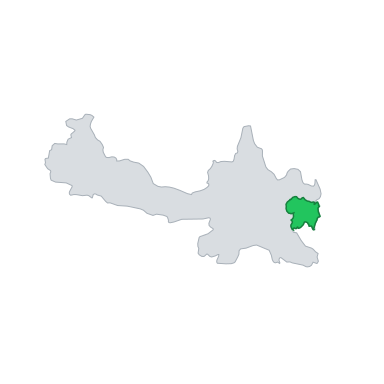 where Louang Namtha sits in Laos, rotated 145°
{"feature_id": "LAO-3272", "entity_name": "Louang Namtha", "entity_type": "Province", "adm_level": 1, "iso_a3": "LAO", "parent_name": "Laos", "parent_adm1": "", "projection": "mercator", "projection_center": [101.159, 20.926], "detail": "fine", "context": "in_parent", "style": "filled", "palette": "green", "viewbox_px": 384, "rotation_deg": 145, "n_neighbors": 0, "source": "natural_earth", "source_scale": "10m", "svg_char_len": 5371}
<svg xmlns="http://www.w3.org/2000/svg" viewBox="0 0 384 384"><g transform="rotate(145 192 192)"><path d="M141.4,65.4L143.0,68.4L150.5,76.4L151.8,78.5L154.5,80.2L156.8,87.3L157.7,87.7L159.0,87.2L159.9,86.2L160.7,83.5L161.2,83.2L162.1,85.5L164.2,86.1L165.1,87.1L165.3,88.8L165.0,90.6L163.3,94.6L162.2,100.0L169.5,111.5L172.6,113.1L179.9,115.0L184.8,117.5L187.1,116.9L189.3,114.1L191.9,112.5L196.8,110.0L198.3,109.9L201.0,110.8L205.4,113.7L212.1,119.1L211.9,120.5L210.7,121.9L207.1,124.0L205.9,125.4L206.6,125.9L209.6,126.3L213.2,127.5L214.3,128.9L214.9,132.1L215.5,132.7L218.8,132.3L219.8,132.7L221.0,133.8L222.1,136.4L222.1,138.4L218.8,141.9L218.4,144.0L216.8,146.5L212.3,150.6L211.1,150.9L202.8,148.6L196.3,148.9L195.7,149.8L196.8,152.3L197.2,154.8L196.1,156.7L192.4,159.2L192.2,160.2L193.0,161.3L198.5,163.6L216.0,175.5L224.0,177.8L227.5,179.3L228.4,180.2L228.4,181.2L227.4,182.5L226.7,184.9L226.6,186.3L227.5,187.6L228.9,189.6L233.8,194.2L237.4,195.2L241.1,200.4L242.2,204.9L244.1,207.9L253.2,217.6L260.7,223.6L265.3,230.1L267.5,231.5L268.1,233.9L268.7,240.7L271.4,244.0L271.9,245.4L273.0,246.4L274.3,246.6L277.0,244.4L277.5,244.7L278.7,248.3L279.8,249.6L283.8,251.8L288.1,256.1L290.3,257.7L293.2,258.9L293.6,260.3L293.1,261.6L292.2,262.5L287.2,265.0L286.6,266.1L289.8,271.6L298.1,278.4L300.6,282.5L300.1,284.4L297.8,288.4L296.1,289.5L295.6,290.7L296.9,293.9L296.8,298.9L295.2,300.1L293.7,303.1L292.7,303.4L290.2,302.2L284.9,307.5L282.7,307.2L280.0,310.1L276.6,310.5L274.3,308.3L269.2,304.8L267.4,302.7L265.9,304.6L263.2,306.3L259.5,305.7L258.5,308.3L257.7,308.8L253.2,309.2L252.4,309.7L253.1,312.1L255.8,316.1L256.6,318.4L254.9,322.2L250.2,322.1L248.1,320.6L245.5,317.3L239.5,315.2L235.5,316.7L234.3,316.6L231.2,313.9L230.1,312.2L229.4,309.6L234.0,307.5L236.3,305.8L237.9,304.1L238.5,302.3L239.2,294.8L239.9,292.1L239.5,288.9L238.3,286.3L238.3,282.4L238.9,279.3L240.7,277.8L241.9,275.5L242.6,270.5L242.1,269.2L240.4,267.9L237.5,266.8L235.7,265.3L234.9,263.5L235.0,261.9L235.9,260.6L233.7,259.1L228.4,257.4L225.5,255.4L224.9,253.1L222.7,250.0L219.0,246.2L217.0,240.7L216.8,233.6L217.2,227.8L218.9,221.1L216.7,216.2L214.2,213.6L210.9,211.7L207.7,209.0L204.6,205.5L201.0,200.3L196.7,193.3L193.9,190.2L192.4,191.0L189.4,190.3L184.7,188.3L180.6,187.2L177.1,187.1L174.8,187.5L173.8,188.6L173.7,189.6L174.6,190.7L174.1,191.5L172.3,192.0L170.8,193.2L169.2,195.7L168.0,199.1L166.3,200.3L163.6,200.6L161.0,201.6L158.4,203.2L157.2,204.4L157.3,205.2L156.7,205.4L155.5,205.0L154.9,203.9L154.9,202.1L153.6,201.0L150.9,200.4L147.8,198.5L142.0,193.7L140.6,193.5L138.7,194.8L136.2,197.4L134.1,198.5L132.5,198.0L131.2,198.9L130.3,201.4L128.7,203.3L120.8,208.4L113.7,215.1L111.9,215.7L107.6,213.8L106.2,212.5L112.2,198.9L113.0,195.6L112.8,191.2L110.3,187.6L110.2,186.5L110.6,185.4L113.7,181.1L117.1,170.2L117.0,166.8L115.4,163.1L114.6,159.5L115.2,154.7L115.0,152.8L113.3,151.8L107.9,150.9L104.8,151.7L103.3,153.0L101.5,153.8L98.1,154.3L94.9,152.6L92.2,149.8L91.5,146.4L94.9,139.1L95.7,136.2L95.6,134.9L95.0,133.5L94.2,133.3L92.5,131.6L90.8,128.5L89.2,127.1L87.7,127.4L86.4,128.5L84.1,131.4L83.4,131.0L85.4,120.9L87.3,116.5L89.5,114.5L91.8,113.6L94.3,114.0L96.4,113.6L98.0,112.5L97.9,111.9L95.9,111.8L95.1,110.6L95.5,108.4L96.4,107.0L97.8,106.4L99.1,104.2L100.3,100.4L101.9,98.5L103.7,98.5L106.8,96.9L111.2,93.7L112.9,90.6L114.6,92.0L113.9,95.6L114.8,96.3L115.2,97.6L115.0,99.6L115.4,101.3L116.0,102.1L117.0,102.5L121.7,101.1L124.5,101.0L129.2,103.6L132.0,101.6L132.0,100.9L129.7,98.5L130.4,89.5L130.1,82.6L126.3,77.5L125.5,75.5L125.1,72.2L124.0,69.3L126.8,67.0L128.2,62.8L130.2,61.8L130.8,61.9L133.1,65.1L136.1,63.5L138.4,63.5L140.3,64.4L141.4,65.4Z" fill="#d9dde1" stroke="#a8b0b8" stroke-width="1"/><path d="M113.5,91.1L113.9,91.1L114.3,91.6L114.3,92.5L113.7,95.1L113.8,95.7L114.0,95.9L114.9,96.3L115.4,96.7L115.5,96.7L115.7,96.9L115.3,97.8L114.9,98.5L115.2,98.9L115.2,99.0L115.2,99.5L114.9,100.6L115.2,101.0L115.7,101.8L115.9,102.2L116.4,102.6L116.8,102.8L117.3,102.8L117.9,102.5L119.3,101.5L119.9,101.3L123.2,100.7L123.8,100.7L124.4,100.8L125.4,101.1L125.6,101.2L125.7,101.3L125.8,101.6L125.8,101.9L125.6,102.2L125.5,102.5L125.7,102.8L126.1,102.8L127.2,102.3L127.8,102.3L128.2,102.7L128.7,103.7L129.2,104.0L129.6,104.0L130.1,103.9L130.7,103.8L131.0,103.5L131.0,103.2L131.4,103.8L131.0,106.2L130.6,107.3L129.9,108.2L128.8,108.7L127.7,109.2L126.8,110.1L126.7,111.3L127.0,111.7L126.9,112.2L125.6,112.2L125.2,112.4L124.0,112.7L122.7,113.9L121.7,115.9L120.7,116.5L123.4,117.4L123.8,118.2L124.8,119.0L125.0,119.5L125.3,121.9L124.5,124.3L124.0,125.0L123.5,125.5L123.0,126.2L122.0,128.0L119.7,129.1L116.9,129.3L115.4,129.2L115.5,129.5L114.6,129.3L112.6,129.8L110.8,129.3L110.2,129.1L109.1,128.2L109.0,127.4L109.0,126.4L108.5,125.3L107.9,124.3L107.1,123.7L105.0,124.0L104.0,123.6L103.8,122.0L103.8,120.7L103.1,119.3L102.8,118.6L102.4,118.0L101.7,117.5L101.2,116.9L100.7,115.6L99.7,114.7L98.4,114.3L97.6,113.2L98.1,112.7L98.9,112.0L98.9,111.8L98.0,111.6L95.5,112.1L94.9,111.7L95.0,111.1L95.3,109.8L95.3,109.2L96.0,108.6L96.1,108.4L96.1,108.2L95.7,107.3L96.3,107.1L97.6,106.8L98.1,106.5L98.4,106.0L99.9,103.3L100.8,99.5L100.9,99.1L100.9,98.8L101.0,98.6L101.3,98.5L101.6,98.5L101.9,98.5L102.1,98.6L102.3,98.8L102.9,99.0L103.5,98.9L104.6,98.5L104.9,98.2L105.9,97.2L106.3,97.1L109.0,95.6L113.0,92.3L113.4,92.1L113.5,91.7L113.5,91.1Z" fill="#22c55e" stroke="#15803d" stroke-width="1.5"/></g></svg>